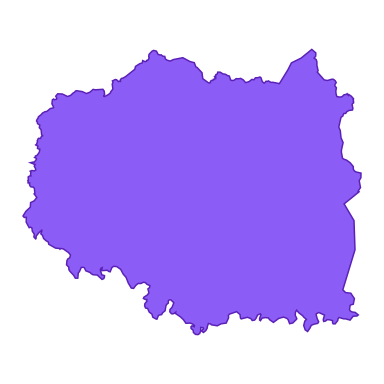 outline of Adansi Akrofuom, Ashanti, Ghana
{"feature_id": "2480657B88279606337785", "entity_name": "Adansi Akrofuom", "entity_type": "district", "adm_level": 2, "iso_a3": "GHA", "parent_name": "Ghana", "parent_adm1": "Ashanti", "projection": "mercator", "projection_center": [-1.679, 6.031], "detail": "fine", "context": "isolated", "style": "filled", "palette": "violet", "viewbox_px": 384, "rotation_deg": 0, "n_neighbors": 0, "source": "geoboundaries", "source_scale": "gbopen_adm2", "svg_char_len": 5832}
<svg xmlns="http://www.w3.org/2000/svg" viewBox="0 0 384 384"><path d="M217.8,72.1L217.1,74.2L215.9,74.6L215.3,76.2L214.5,76.6L214.9,77.3L215.7,76.8L215.7,78.6L214.5,78.9L214.1,79.5L213.3,79.3L212.8,80.4L211.3,80.5L210.4,81.4L210.4,82.6L209.2,83.0L208.3,82.7L202.8,78.7L202.0,72.7L197.1,67.5L195.8,66.8L194.3,62.7L189.9,61.5L182.8,57.7L173.2,59.6L170.2,61.1L167.2,60.2L165.4,59.0L164.8,56.4L162.8,56.2L161.1,54.8L160.3,55.0L158.1,54.4L156.4,51.1L153.6,50.4L151.9,51.3L149.0,54.4L148.7,56.9L149.2,57.7L148.3,59.8L146.6,60.5L146.6,61.2L145.2,61.7L142.7,60.6L142.4,62.5L141.9,63.1L139.9,63.6L135.5,66.4L134.8,69.3L125.6,76.6L122.8,78.2L121.8,78.3L120.5,79.4L120.4,81.4L119.4,81.1L118.6,81.6L116.5,79.7L115.3,79.5L112.4,80.9L113.0,82.5L112.2,84.1L112.9,89.1L110.9,91.5L110.3,93.0L108.4,94.6L104.7,96.5L103.8,96.3L103.8,95.4L104.6,94.6L104.2,91.1L102.9,89.3L95.4,89.8L93.1,89.4L89.9,92.2L86.4,93.5L82.3,91.6L76.6,90.7L75.5,91.0L74.6,92.2L73.1,93.0L70.6,95.4L67.5,96.5L62.4,94.0L57.7,93.8L55.7,96.2L56.8,98.1L56.5,99.2L54.3,99.7L53.7,99.0L52.4,99.8L51.9,103.8L53.6,107.2L53.0,108.0L50.3,108.5L46.9,111.4L45.0,111.7L42.4,113.1L41.3,114.5L38.4,116.8L38.1,118.1L37.1,119.3L36.5,121.0L37.3,122.1L37.5,123.6L39.8,125.1L39.3,127.7L41.1,129.7L41.6,134.8L42.6,135.8L41.3,136.6L40.6,138.4L38.7,138.3L38.2,138.6L37.2,140.9L37.5,142.0L36.8,143.2L36.8,144.0L35.7,144.9L36.5,145.5L37.5,145.6L37.9,146.3L37.4,148.2L38.2,148.9L39.8,149.2L39.3,152.2L37.3,155.1L35.4,156.1L35.5,156.7L34.6,157.5L36.4,158.4L36.5,159.2L34.2,162.3L33.4,162.0L30.4,162.7L34.2,164.2L34.4,165.0L35.0,164.8L34.3,166.4L35.6,168.8L35.7,170.1L34.1,170.9L31.9,170.5L30.2,171.2L30.9,171.9L30.5,175.2L31.0,175.8L29.2,176.2L28.2,176.9L28.3,180.2L27.8,180.7L28.2,181.3L28.0,182.3L28.6,182.6L28.4,183.0L29.7,183.0L29.5,184.7L30.1,186.0L31.0,186.9L33.2,187.1L34.3,188.2L34.9,193.3L34.1,193.9L36.8,197.5L34.1,200.9L30.6,202.6L30.3,207.2L25.9,211.3L23.0,216.0L24.3,217.5L26.3,217.3L26.2,222.2L29.2,227.7L30.7,227.2L31.9,228.0L32.3,231.2L34.3,234.2L33.9,237.0L35.6,238.9L36.0,238.6L36.2,236.1L38.8,232.8L41.7,230.3L41.8,231.3L40.8,233.8L42.5,235.4L43.6,238.5L46.0,240.7L48.3,242.0L48.8,244.3L55.5,248.1L59.6,248.5L60.0,249.2L60.7,248.5L63.3,248.9L68.4,252.5L70.5,255.0L69.7,257.8L67.9,258.9L67.0,260.4L66.5,264.8L68.8,267.2L68.9,269.7L70.0,271.4L73.7,275.3L75.3,278.2L77.8,278.2L78.3,273.0L79.4,271.7L81.3,267.4L83.2,267.3L84.4,267.8L85.8,270.8L90.1,272.5L91.2,273.7L93.0,274.7L97.3,275.1L102.0,279.4L103.7,278.7L104.4,277.3L104.5,275.6L101.8,274.8L100.3,270.1L100.9,268.3L102.2,267.7L101.7,269.7L102.1,270.6L107.2,270.3L107.7,270.4L108.5,271.4L110.2,271.8L111.8,267.7L113.7,266.3L116.8,266.6L120.7,269.4L123.2,274.1L126.1,277.4L128.3,283.1L131.3,288.1L133.6,288.4L135.8,285.4L138.1,283.5L140.9,283.5L143.6,282.2L145.5,282.7L146.9,284.3L149.9,285.6L149.5,287.6L147.9,288.9L148.9,292.9L147.3,295.0L143.9,297.2L143.4,298.5L145.6,299.6L146.8,299.5L146.8,301.3L144.9,303.6L144.6,305.7L145.5,308.0L147.6,308.4L149.2,312.1L151.9,314.1L152.8,317.2L156.2,319.1L157.0,319.1L158.3,315.7L159.1,315.1L161.6,314.6L162.8,312.6L165.1,310.8L165.9,306.0L166.7,304.4L168.3,303.1L168.3,300.9L169.4,299.8L170.7,299.8L173.8,302.7L172.1,307.2L170.0,309.5L169.8,311.8L171.4,313.7L172.3,313.9L173.8,313.6L175.7,312.2L175.5,313.5L180.5,316.9L183.5,319.8L185.9,323.3L190.1,323.1L192.4,323.9L194.5,325.6L194.1,326.8L192.0,325.8L191.0,326.7L191.1,328.5L193.2,330.3L193.4,332.5L195.5,334.4L198.0,334.6L199.7,333.5L200.7,330.7L200.7,327.4L203.1,327.7L203.5,328.7L201.9,330.5L201.9,331.3L203.4,332.5L205.7,330.7L207.1,328.4L207.4,326.4L208.4,323.5L210.7,324.0L211.3,324.8L217.3,325.8L221.1,323.8L226.2,323.1L228.6,317.8L228.4,315.3L229.5,314.1L236.6,311.7L240.0,314.5L240.5,318.2L241.2,318.9L247.4,317.3L250.9,318.6L252.2,320.5L254.6,320.1L256.0,318.4L257.6,315.0L260.2,313.8L261.0,314.5L259.6,318.3L259.6,320.1L260.4,320.7L262.2,318.1L265.1,317.6L268.3,317.9L269.6,319.7L273.4,322.4L278.8,318.4L283.5,317.1L286.7,318.3L288.0,319.4L289.6,323.7L292.8,323.0L296.7,319.1L296.8,318.6L295.2,315.2L295.5,312.2L296.6,310.2L298.9,312.9L302.7,315.7L303.5,316.9L306.4,319.4L304.8,321.1L303.7,325.5L305.2,329.9L307.6,331.5L309.9,328.2L311.3,325.3L314.3,324.1L317.7,323.4L318.7,321.8L317.3,319.0L316.1,314.6L316.3,313.8L318.8,312.5L324.5,315.1L323.3,319.2L323.4,320.7L323.8,321.5L325.6,321.0L327.1,319.7L329.6,319.8L332.5,320.6L332.6,322.9L333.1,323.8L335.1,323.9L337.7,320.7L338.1,318.6L339.1,317.5L343.5,318.8L345.8,318.9L350.1,320.1L353.2,316.2L357.0,316.0L358.3,314.9L355.2,312.4L352.3,312.0L350.4,311.1L349.5,309.7L350.1,305.6L350.5,305.0L353.3,304.2L354.4,298.6L350.8,293.2L345.6,292.6L342.8,289.8L355.0,249.8L354.0,220.6L344.1,203.9L359.7,191.3L357.6,192.8L358.4,190.6L360.5,187.6L359.2,180.7L360.9,177.7L361.0,173.1L356.2,172.0L354.7,171.2L353.4,169.5L353.2,166.4L350.1,162.7L346.7,160.2L343.5,159.0L342.5,158.1L341.4,152.2L341.4,150.3L343.1,142.6L341.0,137.7L340.3,130.6L338.8,127.1L341.0,117.3L342.7,116.2L343.8,113.5L345.7,113.4L346.8,111.7L348.9,110.5L352.5,110.0L352.9,108.5L352.1,104.4L352.6,103.5L353.5,103.0L353.7,102.0L353.2,101.2L353.5,100.0L353.1,99.4L353.5,98.7L351.3,96.2L348.8,94.5L348.3,95.4L347.1,93.7L346.5,94.3L344.0,94.8L342.0,96.7L340.1,97.1L336.9,96.6L336.1,94.1L335.8,91.1L336.4,87.8L334.8,85.8L335.1,84.2L336.2,82.7L335.8,81.8L335.2,80.7L333.4,79.3L331.9,79.2L327.4,80.5L324.2,79.9L317.3,72.1L318.1,70.6L316.9,65.4L316.9,61.7L316.2,59.6L314.1,58.1L315.7,56.2L315.8,52.9L311.8,49.4L301.1,58.1L291.4,62.9L287.9,69.8L279.4,83.6L272.9,82.3L270.9,82.4L268.4,80.9L267.2,81.5L266.1,81.2L264.5,83.0L263.7,82.9L262.3,81.6L260.9,77.6L259.9,77.0L257.9,77.7L255.4,77.8L253.9,79.8L251.9,79.4L248.9,81.7L245.6,82.6L243.3,79.9L240.7,78.4L238.3,78.8L236.2,78.6L234.0,80.3L232.2,80.5L230.7,80.1L229.3,76.0L227.8,75.7L225.3,74.2L223.0,73.9L220.2,72.2L217.8,72.1Z" fill="#8b5cf6" stroke="#5b21b6" stroke-width="1.5"/></svg>